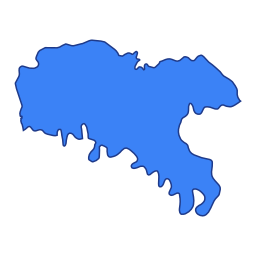 the district of Kinh Mon, Hải Dương, Vietnam
{"feature_id": "81297802B98282177960136", "entity_name": "Kinh Mon", "entity_type": "district", "adm_level": 2, "iso_a3": "VNM", "parent_name": "Vietnam", "parent_adm1": "Hải Dương", "projection": "robinson", "projection_center": [106.519, 21.0], "detail": "fine", "context": "isolated", "style": "filled", "palette": "blue", "viewbox_px": 256, "rotation_deg": 0, "n_neighbors": 0, "source": "geoboundaries", "source_scale": "gbopen_adm2", "svg_char_len": 5817}
<svg xmlns="http://www.w3.org/2000/svg" viewBox="0 0 256 256"><path d="M218.8,195.1L219.2,194.2L220.2,189.6L220.2,188.1L220.1,187.5L219.7,186.4L218.7,184.8L214.9,180.6L213.1,178.3L212.1,176.3L211.7,174.8L211.5,171.9L212.2,166.2L212.3,162.9L212.2,161.7L211.8,160.9L211.0,160.1L209.7,159.5L201.6,157.7L194.1,154.9L191.6,153.4L190.0,151.7L189.4,150.6L188.3,147.8L188.0,146.3L187.6,145.2L186.2,143.7L184.0,142.4L182.2,140.9L181.5,140.3L180.7,139.2L179.4,136.3L178.9,135.0L178.4,132.0L178.5,129.2L179.5,125.1L180.8,122.3L181.5,119.6L181.8,119.0L182.8,117.9L185.4,116.3L186.1,115.7L187.2,114.6L188.0,113.2L188.3,111.9L188.5,110.2L188.6,106.3L189.3,104.2L189.9,103.4L190.9,103.5L191.3,103.8L192.3,105.2L193.0,106.7L193.9,110.5L194.6,111.9L195.1,112.6L195.8,113.3L196.6,113.7L197.7,114.1L199.2,114.2L200.4,113.9L201.3,113.0L201.6,112.6L203.7,108.3L204.7,107.2L205.9,106.9L207.3,106.8L210.1,107.2L214.7,108.8L215.9,109.0L217.4,109.0L218.2,108.6L220.5,105.9L221.6,105.2L222.6,105.0L223.4,105.0L226.3,106.2L227.4,106.4L229.5,106.7L231.0,106.7L232.8,106.1L234.9,105.0L238.0,103.0L240.6,101.1L239.7,100.4L238.2,97.9L237.8,97.1L237.2,94.6L237.2,90.3L236.7,88.6L235.2,85.8L232.4,81.8L230.8,80.5L228.9,79.1L223.7,76.0L222.4,74.7L220.1,71.7L215.6,67.6L212.3,64.8L208.7,62.1L203.7,56.7L202.2,55.6L201.6,55.3L200.7,55.3L198.4,56.1L197.1,57.2L194.7,60.1L194.2,60.5L193.1,60.7L191.5,60.5L189.9,59.3L188.4,57.8L186.8,57.1L185.5,56.8L184.1,56.9L179.9,60.4L177.7,61.1L176.3,61.0L175.5,60.8L171.9,59.4L169.9,58.9L167.6,59.0L165.4,59.6L162.1,61.0L160.2,61.6L159.7,62.0L159.5,62.9L158.9,63.8L155.3,67.2L154.4,67.6L153.7,67.7L148.8,66.4L148.3,66.1L147.6,64.9L146.7,64.0L145.9,64.0L145.2,64.3L144.7,65.0L144.5,65.5L144.4,67.4L144.6,68.7L144.5,69.3L144.2,69.6L143.7,69.8L143.3,69.4L142.5,68.2L141.2,67.2L139.9,66.9L139.1,67.0L138.8,67.2L136.9,69.1L136.5,69.3L135.8,69.3L135.3,69.1L135.0,68.7L134.9,68.1L134.9,67.3L135.1,66.3L137.1,62.4L137.9,61.4L139.7,60.1L139.7,59.8L139.6,59.6L139.1,59.3L137.2,59.0L136.7,58.6L136.4,58.1L136.2,57.1L136.7,55.9L137.4,53.3L137.4,52.6L136.8,51.7L136.3,51.5L135.9,51.6L134.7,52.5L132.8,54.2L132.4,54.3L131.8,54.2L131.4,53.8L130.7,53.5L129.2,53.0L128.4,53.0L127.7,53.1L124.9,54.4L122.5,56.1L120.5,55.8L118.8,55.4L117.8,53.1L116.2,50.9L114.5,49.3L105.2,42.3L104.4,41.9L100.9,41.1L91.9,40.2L90.9,40.3L89.1,40.8L82.5,43.6L80.9,43.9L74.7,45.5L73.2,45.8L71.3,45.6L66.7,44.2L65.7,44.0L62.6,45.4L59.6,47.1L57.1,47.8L45.2,47.7L40.0,50.4L39.2,51.1L38.2,52.3L37.4,54.2L36.5,56.3L36.0,58.0L36.0,59.0L36.8,60.3L37.8,61.6L38.3,62.4L38.6,63.7L38.5,64.8L38.3,65.4L37.8,66.3L37.3,66.8L36.3,67.4L34.8,68.1L33.9,68.3L30.5,68.2L29.4,68.1L23.4,66.3L22.3,66.1L21.7,66.2L20.9,66.6L20.1,67.2L19.3,68.3L19.1,70.2L19.4,73.9L19.2,75.5L18.7,76.8L15.4,83.0L15.4,83.8L16.5,88.7L22.0,105.3L22.1,106.5L21.9,107.3L21.1,109.1L20.2,111.8L19.9,113.4L20.2,115.9L20.5,116.4L21.7,116.2L21.9,116.4L21.9,118.0L21.4,118.0L20.9,118.5L20.9,118.9L21.1,119.7L20.9,120.2L20.9,121.1L21.5,123.3L22.1,124.3L22.9,127.4L23.4,130.4L25.3,129.2L28.1,126.8L28.7,126.6L29.7,126.5L30.7,127.2L32.9,130.0L33.5,130.5L34.2,130.8L35.1,130.9L36.0,130.8L38.8,129.9L39.7,129.7L41.1,129.8L42.5,130.4L44.5,132.7L45.3,133.3L46.2,133.7L47.6,134.2L53.1,135.5L55.1,135.7L57.1,135.3L57.2,132.2L57.7,130.8L58.3,129.8L58.9,129.4L60.6,129.5L61.1,130.5L61.6,133.3L61.8,135.0L62.7,139.7L63.1,144.4L63.3,145.3L63.7,145.8L64.5,146.0L65.0,145.6L65.4,145.1L66.0,143.4L66.3,140.3L67.0,136.9L67.6,134.9L68.5,133.8L69.1,133.4L69.6,133.2L71.1,133.3L71.9,133.7L72.9,134.3L75.2,137.2L76.4,138.1L77.9,138.9L78.9,139.2L79.8,139.2L82.5,138.6L81.6,129.2L81.2,127.2L81.3,125.9L81.9,124.8L82.7,124.1L83.6,123.7L84.0,123.6L84.6,123.9L85.4,124.8L86.7,127.1L88.1,133.9L88.2,137.1L88.3,137.8L88.5,138.3L89.4,138.7L93.8,140.1L94.7,140.6L95.5,141.7L95.8,142.6L95.7,143.1L94.8,144.7L94.6,146.6L94.0,148.5L93.0,149.8L90.9,152.0L89.4,154.4L88.8,156.6L88.7,157.4L88.7,159.0L89.0,159.7L91.4,161.3L92.2,161.7L92.9,161.8L96.2,160.5L98.7,158.5L99.1,157.7L99.3,156.0L99.5,150.3L99.4,147.4L99.4,146.8L100.3,145.9L101.2,145.2L102.1,145.2L104.0,146.0L105.8,146.9L107.0,148.0L107.2,148.7L107.1,151.2L107.5,154.3L107.7,155.1L108.5,156.3L109.1,156.8L109.6,157.0L110.8,157.1L113.6,156.4L115.5,155.7L117.5,154.5L120.0,152.4L121.7,150.5L124.0,148.6L125.0,148.2L126.7,148.1L128.9,149.1L130.7,150.4L134.2,153.5L136.4,156.1L137.3,157.6L137.6,158.6L137.6,159.5L137.2,160.7L136.5,161.7L133.4,163.3L132.4,164.0L131.8,164.7L131.4,165.5L131.3,166.3L131.6,167.2L132.1,167.9L133.3,168.3L134.7,168.3L136.8,167.8L140.4,166.3L142.7,166.2L143.5,166.4L144.5,167.1L145.9,169.0L146.4,170.2L147.4,173.9L147.6,174.3L148.5,174.9L149.8,174.7L153.0,172.2L154.8,171.2L156.2,170.9L157.2,171.0L157.7,171.5L158.6,173.7L158.9,176.6L158.6,183.5L158.7,185.2L158.9,186.0L159.4,186.5L159.9,186.8L160.9,186.7L161.5,186.5L162.5,185.5L163.3,184.2L164.8,180.3L165.7,179.2L166.7,178.7L167.3,178.7L168.5,179.1L169.3,179.8L170.4,181.9L171.2,184.4L171.4,185.9L171.4,186.9L171.2,187.8L169.2,192.2L169.1,193.2L169.2,194.0L170.3,195.0L171.3,195.3L173.0,195.0L176.3,193.4L177.1,193.1L178.2,193.1L178.9,193.4L179.3,193.7L179.5,194.2L180.1,198.7L180.2,201.7L180.0,204.6L179.5,208.5L179.4,210.1L179.8,212.3L180.5,213.6L181.3,214.2L183.4,214.2L184.9,213.9L185.6,213.6L188.8,211.7L191.3,209.2L192.7,206.9L193.1,206.0L193.5,204.3L193.8,200.6L193.5,197.0L192.5,191.4L192.4,190.8L192.7,190.1L193.1,189.5L193.8,189.1L195.7,189.0L196.9,189.3L198.9,190.2L200.6,191.4L202.3,193.0L203.7,194.6L204.6,196.1L204.9,197.8L204.8,199.4L204.5,200.5L204.0,201.5L202.7,203.0L201.2,204.3L198.8,205.6L196.9,207.1L195.9,208.5L195.7,209.3L195.6,210.0L195.8,211.2L196.3,212.4L196.9,213.3L198.0,214.3L200.2,215.4L202.7,215.8L204.4,215.5L205.6,214.9L206.3,214.4L208.5,212.1L210.9,207.7L211.6,206.1L214.0,201.0L215.4,198.9L218.1,196.0L218.8,195.1Z" fill="#3b82f6" stroke="#1e3a8a" stroke-width="1.5"/></svg>